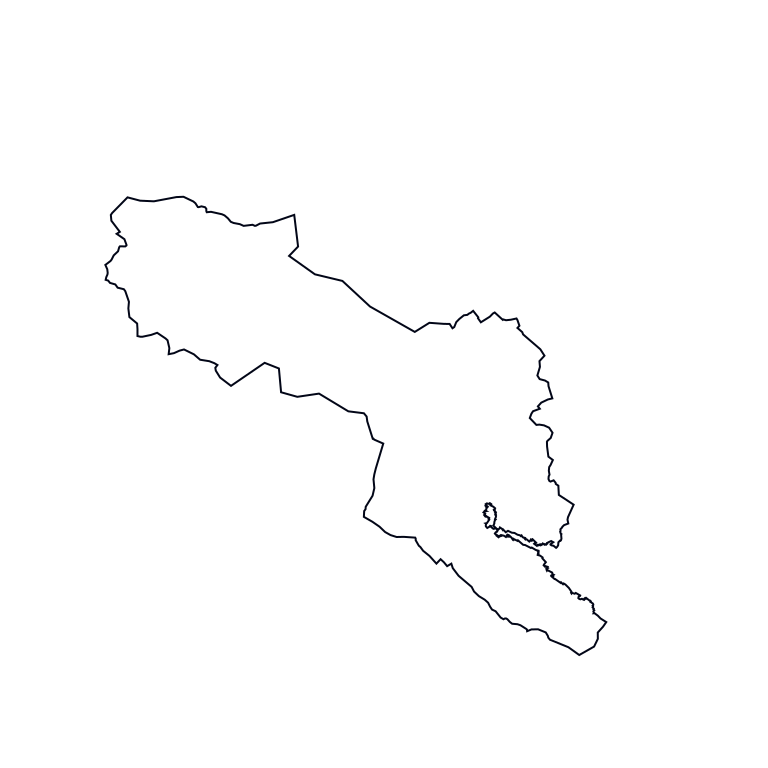 Gaular nor, Sogn og Fjordane, Norway, rotated 214°
{"feature_id": "86288312B84255717767611", "entity_name": "Gaular nor", "entity_type": "district", "adm_level": 2, "iso_a3": "NOR", "parent_name": "Norway", "parent_adm1": "Sogn og Fjordane", "projection": "orthographic", "projection_center": [5.75, 61.331], "detail": "fine", "context": "isolated", "style": "outline", "palette": "ink", "viewbox_px": 768, "rotation_deg": 214, "n_neighbors": 0, "source": "geoboundaries", "source_scale": "gbopen_adm2", "svg_char_len": 6130}
<svg xmlns="http://www.w3.org/2000/svg" viewBox="0 0 768 768"><g transform="rotate(214 384 384)"><path d="M266.8,497.2L273.8,500.2L296.4,502.9L298.4,504.3L304.7,505.1L304.3,508.0L309.1,511.6L310.8,512.4L314.8,508.2L318.5,505.1L321.3,504.2L321.4,503.6L332.2,505.2L333.1,503.4L333.9,499.0L338.2,489.3L342.9,491.1L343.1,492.0L351.0,494.5L352.0,491.4L352.9,490.0L353.6,487.9L356.2,485.6L357.9,480.1L358.7,475.7L357.6,470.5L358.4,468.5L363.2,470.5L367.7,467.5L380.6,460.1L387.6,444.4L438.9,440.4L476.1,446.2L502.6,436.3L534.3,437.1L532.1,449.9L553.0,474.0L566.6,456.0L576.5,447.7L578.7,443.6L579.5,442.9L582.0,442.5L588.8,436.6L592.9,435.9L598.7,433.4L601.7,432.8L606.1,434.1L610.5,434.6L613.3,434.1L623.7,430.0L627.0,427.3L628.0,428.0L629.3,429.9L631.2,430.5L634.7,429.2L636.5,427.0L637.3,426.6L641.4,428.4L644.1,428.7L654.9,427.1L660.6,422.9L676.9,406.8L688.7,399.6L701.0,395.3L705.0,373.7L705.0,371.4L701.3,366.9L688.1,362.4L689.6,359.0L680.2,358.9L675.1,355.2L675.0,354.8L675.4,353.4L679.9,350.5L680.0,349.3L678.7,345.3L680.0,339.5L679.4,334.9L679.5,333.1L681.6,326.9L677.6,324.4L675.2,321.6L674.5,320.1L674.0,317.3L673.0,314.7L670.5,315.5L667.7,314.6L662.4,316.3L658.7,314.9L652.7,317.1L650.4,316.3L641.4,309.5L638.2,303.7L632.5,297.1L622.5,296.1L619.1,291.7L615.2,285.9L612.3,287.0L610.6,288.2L604.5,294.5L600.7,299.6L590.6,299.6L587.9,299.2L582.0,293.7L579.2,288.3L575.4,292.1L572.1,297.4L569.1,300.8L558.2,302.3L550.0,301.3L541.6,305.2L536.3,306.4L532.7,306.6L532.9,303.1L530.9,301.0L523.5,297.7L509.8,296.9L494.8,334.8L479.8,338.1L464.7,319.6L448.7,324.9L432.5,339.7L398.3,341.4L384.3,348.5L380.2,347.3L376.9,343.6L362.7,332.3L362.2,332.8L361.1,332.4L351.3,334.2L343.6,309.5L341.5,303.7L339.4,299.1L333.8,292.3L331.0,285.0L330.5,272.0L329.3,269.9L329.4,267.6L326.4,262.6L316.6,263.3L307.9,263.2L300.3,261.9L294.1,262.4L288.0,264.2L282.2,268.3L272.2,274.1L271.1,273.4L270.4,272.2L264.7,269.4L262.7,269.2L258.3,267.6L250.1,266.9L240.1,264.4L239.1,270.4L234.6,269.7L229.8,268.3L227.7,272.7L224.0,269.8L214.9,266.7L197.9,264.8L193.3,262.3L186.7,261.2L179.9,261.5L175.4,260.9L171.5,258.7L168.3,257.4L164.4,258.0L156.7,255.6L153.4,255.8L152.6,257.3L151.7,257.9L150.2,258.0L146.6,257.1L143.7,256.9L139.0,259.5L136.0,260.3L128.8,260.5L128.1,260.3L127.1,259.1L124.5,263.0L119.1,266.8L111.0,268.5L107.3,266.8L106.0,265.6L103.4,264.8L83.9,268.9L70.6,268.5L63.0,283.8L64.2,292.3L67.8,297.5L66.7,305.2L66.6,310.9L73.4,310.7L77.1,311.5L81.2,311.7L81.9,311.2L81.9,311.9L83.1,312.3L83.4,313.3L83.2,314.0L84.5,314.4L84.5,315.1L86.2,315.5L86.3,316.5L87.1,316.9L86.9,317.6L87.2,318.3L88.1,318.8L91.1,318.8L91.1,319.5L92.1,319.7L92.8,319.4L96.6,319.7L96.6,319.0L97.6,319.1L98.0,317.7L97.3,317.7L97.3,317.3L98.0,317.4L98.1,316.7L99.8,316.6L100.8,315.3L101.9,315.0L103.2,315.2L103.7,316.6L103.0,317.9L103.1,318.4L108.2,318.0L108.6,316.8L111.4,315.9L111.4,315.2L112.3,315.6L112.4,316.6L116.7,318.3L121.5,319.2L123.5,319.1L123.6,318.1L126.3,318.6L126.3,317.9L133.1,318.0L133.5,317.7L137.6,318.2L138.2,318.4L138.2,318.7L136.2,319.0L136.1,319.3L136.5,320.0L137.1,320.1L136.8,320.7L138.1,320.6L139.1,321.7L144.6,321.1L144.6,320.4L145.1,320.7L145.3,321.4L145.9,321.5L145.2,323.1L146.2,323.2L146.2,323.9L148.3,323.3L148.3,322.6L150.3,323.0L150.4,324.0L150.2,326.8L155.2,328.0L155.5,328.9L158.6,329.0L161.0,328.2L161.6,329.6L160.9,329.6L161.1,329.9L161.8,330.7L161.9,331.3L162.9,331.4L162.9,332.1L165.3,331.3L170.1,331.0L170.5,330.2L177.0,329.4L178.7,328.5L185.5,329.3L185.5,328.6L189.3,328.1L189.3,327.4L190.4,327.8L190.4,327.1L192.7,328.0L196.1,328.5L197.5,328.1L197.5,327.4L196.9,327.4L196.9,326.7L196.2,326.6L197.2,326.0L197.3,325.3L199.7,325.3L202.6,324.2L203.2,322.8L202.5,322.8L203.0,322.2L203.3,321.0L205.6,321.2L205.3,321.9L208.3,321.9L208.5,322.0L208.4,323.7L207.7,324.7L207.8,325.8L209.9,326.8L211.4,326.6L211.7,326.3L211.9,325.3L212.6,325.1L215.7,325.4L215.7,326.1L216.7,325.8L216.9,324.4L217.9,322.4L219.9,322.9L220.7,323.9L221.1,325.3L221.8,325.3L220.9,326.3L220.9,330.4L221.6,330.5L221.6,331.1L222.3,331.2L222.2,331.8L225.3,331.6L225.3,331.0L226.0,331.0L226.0,331.7L226.3,331.7L226.4,331.0L227.7,331.4L227.5,332.4L227.6,333.1L229.7,333.2L229.5,334.2L228.9,334.9L229.6,334.9L229.6,335.2L228.5,335.9L229.2,335.9L229.0,336.9L229.6,338.3L229.4,339.3L230.1,339.3L229.7,340.4L231.1,340.4L231.1,339.7L231.8,339.8L231.7,341.5L232.4,341.5L232.0,342.5L229.8,343.4L229.6,344.4L228.2,344.4L228.2,343.7L227.5,343.7L227.6,343.0L224.8,343.4L222.4,343.1L222.3,342.1L222.5,341.4L221.8,341.4L221.9,340.7L219.8,340.3L219.9,339.6L219.2,339.6L219.2,338.9L218.4,338.5L218.6,337.8L217.4,337.4L216.8,336.1L216.4,334.0L215.7,334.0L215.9,333.3L215.3,331.2L214.6,330.2L214.1,327.7L209.5,327.0L207.8,327.5L207.5,328.8L207.7,329.9L205.3,329.9L203.9,329.4L203.9,330.0L200.2,329.2L199.1,331.6L194.9,332.2L192.5,333.5L189.1,333.7L186.7,334.6L185.6,334.4L185.3,335.4L183.3,334.5L181.2,335.2L181.2,334.6L179.9,334.2L179.8,334.8L178.8,335.0L175.4,334.6L175.2,335.3L175.3,337.0L174.3,336.7L174.3,337.3L173.6,337.3L173.6,337.6L174.6,337.7L174.2,338.4L169.1,337.5L169.2,336.8L170.0,336.5L170.2,335.5L166.8,335.3L166.8,336.3L166.1,336.3L166.1,337.0L164.4,337.6L164.7,338.3L164.0,338.3L164.0,338.9L163.3,338.9L163.2,340.6L161.2,340.5L161.1,341.2L159.8,341.3L159.5,342.5L159.9,342.5L160.0,343.2L159.7,343.4L159.3,344.6L157.6,347.3L155.2,347.5L156.4,344.2L156.1,343.9L154.9,343.9L153.0,344.7L149.7,344.4L149.4,345.4L149.4,347.6L150.9,350.3L150.5,352.6L150.0,352.7L149.9,353.5L150.4,355.0L152.8,358.0L153.0,358.8L153.8,358.8L155.4,360.1L155.4,360.8L156.5,362.2L156.1,364.7L156.3,365.2L155.8,367.7L153.2,371.4L156.0,374.1L157.0,376.5L159.3,390.0L177.0,389.8L182.6,397.2L185.7,397.2L186.5,398.1L189.5,399.0L191.4,396.2L192.7,396.1L194.5,397.2L195.8,399.5L196.1,401.4L198.8,404.2L200.6,407.5L200.6,409.9L201.5,415.4L207.1,415.7L213.8,423.3L216.6,427.2L216.7,428.2L215.6,432.5L217.0,437.8L222.7,440.1L228.2,439.2L232.5,437.2L234.8,435.3L244.1,437.3L245.2,441.9L245.2,444.8L241.0,450.6L243.9,451.5L243.2,456.5L239.5,462.8L236.4,466.2L246.4,474.2L248.7,477.1L252.5,476.9L257.7,475.1L261.6,476.8L264.3,485.4L267.9,489.9L266.8,497.2Z" fill="none" stroke="#020617" stroke-width="2"/></g></svg>